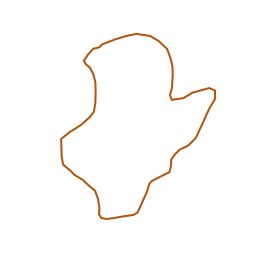 Puryong, Hamgyŏng-bukto, North Korea (Robinson projection), rotated 24°
{"feature_id": "82179303B95814990753322", "entity_name": "Puryong", "entity_type": "district", "adm_level": 2, "iso_a3": "PRK", "parent_name": "North Korea", "parent_adm1": "Hamgyŏng-bukto", "projection": "robinson", "projection_center": [129.695, 42.122], "detail": "fine", "context": "isolated", "style": "outline", "palette": "amber", "viewbox_px": 256, "rotation_deg": 24, "n_neighbors": 0, "source": "geoboundaries", "source_scale": "gbopen_adm2", "svg_char_len": 959}
<svg xmlns="http://www.w3.org/2000/svg" viewBox="0 0 256 256"><g transform="rotate(24 128 128)"><path d="M195.2,64.8L192.2,58.4L186.1,58.4L179.9,63.4L172.5,69.6L166.4,78.3L156.5,84.5L152.9,80.8L151.8,73.3L149.4,67.1L147.1,60.9L143.5,53.5L138.7,47.3L131.5,39.8L120.5,36.1L110.8,34.9L97.4,38.6L88.8,44.8L80.2,52.3L70.3,62.2L69.0,65.9L64.1,69.7L61.6,77.1L60.3,84.6L63.9,87.1L68.7,88.3L74.8,93.3L79.6,99.5L84.3,109.4L87.9,118.1L90.2,126.8L88.9,133.0L83.9,144.2L76.4,155.4L71.4,165.3L76.2,175.2L78.6,180.2L83.4,187.7L87.0,188.9L91.9,190.1L98.0,192.6L107.7,193.8L115.0,196.3L123.5,198.8L129.5,205.0L134.3,212.5L136.7,218.7L140.3,221.1L145.2,219.9L151.4,216.2L158.8,211.2L168.6,205.0L171.1,201.2L171.2,193.8L171.2,187.6L171.3,178.9L170.2,170.2L171.5,166.5L177.6,159.0L183.8,151.5L182.7,145.3L180.3,139.1L181.6,132.9L184.1,126.7L190.3,119.3L194.0,109.3L194.2,95.6L194.3,83.2L194.4,77.0L195.7,65.8L195.2,64.8Z" fill="none" stroke="#b45309" stroke-width="2"/></g></svg>